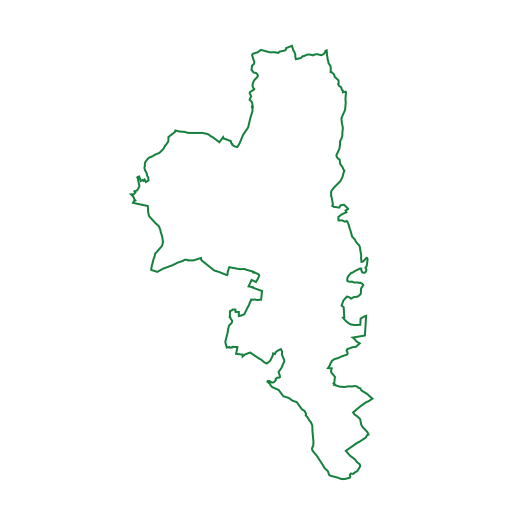 Chiochis, Bistrita-Nasaud, Romania, rotated 6°
{"feature_id": "2599482B79124643183064", "entity_name": "Chiochis", "entity_type": "district", "adm_level": 2, "iso_a3": "ROU", "parent_name": "Romania", "parent_adm1": "Bistrita-Nasaud", "projection": "albers", "projection_center": [24.176, 46.97], "detail": "fine", "context": "isolated", "style": "outline", "palette": "green", "viewbox_px": 512, "rotation_deg": 6, "n_neighbors": 0, "source": "geoboundaries", "source_scale": "gbopen_adm2", "svg_char_len": 6084}
<svg xmlns="http://www.w3.org/2000/svg" viewBox="0 0 512 512"><g transform="rotate(6 256 256)"><path d="M385.1,419.4L379.9,415.0L378.3,412.8L376.6,407.3L373.5,404.9L370.6,403.4L368.9,401.4L375.3,394.8L380.7,390.0L383.2,388.6L386.7,385.7L380.7,381.4L376.1,379.3L374.5,378.3L373.7,376.8L371.6,376.3L370.2,375.3L368.0,374.9L365.8,375.6L361.3,376.0L357.9,377.0L352.8,377.2L347.3,376.0L347.8,375.4L346.5,374.5L347.1,373.8L347.1,367.9L343.0,363.9L342.7,362.8L343.0,359.8L339.3,360.0L341.0,356.8L341.1,355.4L342.0,354.0L342.2,352.6L342.6,352.2L344.9,350.3L348.2,349.0L351.3,347.1L357.0,344.4L357.3,343.1L356.5,341.2L356.0,340.8L356.2,339.8L356.8,338.8L359.5,337.8L360.9,336.8L364.8,335.9L368.3,332.1L365.1,330.6L361.8,327.5L360.8,327.0L372.6,323.7L371.8,304.0L370.0,304.8L366.6,307.4L366.9,313.5L361.3,314.4L357.2,314.1L353.9,312.5L351.7,310.9L349.0,308.2L350.2,307.7L348.5,297.6L346.3,296.4L347.4,291.7L348.2,290.1L350.8,286.8L353.0,287.3L355.1,288.5L357.6,286.6L361.3,285.8L363.2,284.0L364.2,282.6L363.9,277.2L365.7,273.8L364.6,272.5L362.3,271.6L361.5,272.0L360.0,271.7L356.5,272.1L353.9,271.4L352.4,271.9L349.6,271.4L349.2,270.3L349.3,267.7L350.4,265.6L352.5,262.7L353.4,262.7L355.8,260.7L360.7,257.6L361.9,257.5L361.8,258.2L363.1,260.7L363.7,261.4L365.7,261.3L366.7,260.5L367.3,258.3L366.1,256.1L366.9,255.0L367.2,253.5L367.3,247.5L366.6,246.3L366.2,246.2L363.0,250.3L361.5,250.8L360.6,246.6L360.7,245.0L358.2,235.9L357.5,234.6L355.5,233.1L353.5,230.9L352.9,229.6L349.5,226.6L347.7,221.8L345.3,216.6L345.4,216.2L343.3,212.4L342.5,211.7L340.9,212.6L338.2,211.6L334.3,212.0L333.8,208.6L337.2,205.4L341.3,203.1L340.3,201.4L342.5,199.9L342.7,199.6L342.6,199.4L338.2,195.8L334.8,196.7L333.8,199.1L328.3,199.0L326.6,198.2L327.0,197.4L327.0,196.2L325.1,189.9L324.3,188.2L324.3,186.3L324.0,185.0L324.2,183.3L326.6,179.5L332.0,172.8L333.7,168.6L334.5,163.6L335.0,161.7L334.1,161.1L332.6,158.4L330.1,155.6L329.0,151.3L327.3,150.5L326.5,149.7L325.9,148.9L325.4,147.4L327.7,140.8L327.9,136.2L327.6,133.4L328.8,130.0L329.3,127.6L329.0,124.4L329.0,119.5L327.5,114.7L326.6,110.6L326.9,108.7L329.3,101.5L329.2,93.8L328.6,91.1L328.4,83.9L327.9,83.2L325.3,84.1L325.0,82.3L324.0,81.8L323.2,79.6L322.5,78.9L321.1,78.4L319.8,76.8L319.7,76.2L320.2,75.4L319.7,72.7L315.7,69.7L315.1,68.7L315.0,67.8L314.4,67.1L311.8,65.1L311.0,65.3L310.6,60.4L309.7,58.7L308.0,56.7L307.3,54.1L306.5,52.7L306.5,51.5L305.7,49.0L304.8,44.1L303.6,44.7L303.3,46.6L302.0,48.2L300.0,49.5L295.8,48.9L292.9,49.6L291.9,50.5L288.0,50.0L285.8,50.4L283.1,52.0L281.3,52.6L280.1,54.3L275.1,56.1L274.3,53.9L274.0,51.4L272.6,48.7L271.6,47.6L269.8,43.2L264.2,46.1L264.2,47.5L263.2,48.6L258.0,50.3L256.9,51.7L253.2,51.4L248.5,52.0L239.3,50.5L236.3,53.3L231.7,55.2L231.1,56.7L233.3,61.7L234.0,62.8L234.1,63.6L233.9,65.1L232.2,67.1L232.1,71.4L234.2,73.5L234.9,73.9L236.7,73.9L238.2,74.9L239.1,76.5L238.8,77.5L236.0,81.2L235.1,83.3L234.7,85.4L234.9,87.6L236.0,89.5L236.8,90.0L236.8,90.5L233.0,93.5L232.7,94.2L232.7,94.8L234.5,97.6L233.3,101.3L235.2,102.6L236.1,103.9L237.2,107.9L236.3,107.9L236.3,108.2L237.2,110.1L237.3,112.6L236.1,118.4L234.7,129.0L230.5,136.9L227.9,145.6L226.1,149.5L223.8,149.4L220.9,148.1L220.9,147.2L220.0,146.8L219.3,145.8L219.2,144.9L218.6,144.6L218.6,144.2L211.6,142.5L210.9,141.2L207.7,146.7L199.9,142.0L198.5,141.7L196.4,140.2L194.4,139.7L190.0,139.2L175.8,140.7L171.7,140.0L167.1,140.2L162.7,139.6L162.5,141.0L161.9,141.6L156.4,146.9L156.7,148.6L156.8,151.2L155.1,154.4L154.0,155.9L153.0,158.6L151.6,160.6L149.1,163.6L145.0,165.8L142.6,167.7L139.8,169.0L138.1,170.8L136.1,174.1L135.8,176.4L136.1,177.9L135.8,179.3L136.0,180.6L136.7,182.3L138.7,185.2L139.3,187.4L140.7,189.6L141.2,192.1L138.7,194.0L137.3,191.7L136.4,193.0L135.4,192.1L133.6,193.5L131.5,189.1L129.9,189.9L129.7,190.3L130.6,191.4L130.8,192.8L132.6,198.1L132.7,199.2L130.9,203.2L128.4,204.4L129.4,205.4L127.9,207.4L125.3,207.8L127.8,209.8L129.3,212.5L130.2,213.4L128.9,214.1L128.1,216.0L143.1,217.6L143.7,220.2L144.0,223.2L145.5,227.5L151.7,233.1L156.4,236.7L158.2,240.2L158.6,241.8L160.6,246.3L162.0,251.5L161.7,255.0L161.3,256.1L155.5,264.2L155.1,267.6L154.3,270.4L153.5,276.6L153.1,279.8L153.3,280.8L159.5,282.1L165.1,278.2L173.6,274.1L179.1,270.6L183.5,268.7L185.6,267.1L188.5,267.1L188.8,267.5L194.3,266.9L201.5,263.7L201.9,265.3L202.3,266.0L216.0,274.8L220.8,275.7L228.4,277.9L229.3,278.0L229.6,277.3L229.5,274.7L230.6,269.9L241.1,270.8L246.2,270.1L247.6,270.7L254.3,271.7L255.1,272.0L254.9,272.7L256.0,272.8L256.2,272.4L260.7,274.1L261.3,275.1L260.0,279.0L258.6,281.8L254.1,280.3L251.8,287.0L256.3,287.4L256.4,287.9L265.7,290.2L265.6,298.9L262.0,299.6L258.9,299.4L257.9,299.8L255.7,299.8L255.6,301.1L254.9,302.1L254.2,305.5L253.5,306.9L250.4,315.2L247.4,316.8L245.2,317.5L244.8,313.5L241.4,313.7L241.1,311.4L238.4,311.7L237.5,312.8L236.1,313.3L235.9,315.0L236.3,316.8L236.2,319.6L237.0,319.9L237.3,320.9L239.0,322.8L239.1,324.0L238.7,325.2L236.4,328.2L235.8,332.8L235.9,334.5L234.5,344.2L234.6,345.2L236.5,350.1L238.9,349.3L239.2,349.9L241.8,349.5L242.0,348.8L247.0,348.5L246.5,355.4L252.9,355.5L253.2,357.3L255.4,355.0L260.3,352.6L269.6,357.6L272.1,358.6L275.3,360.9L278.0,361.8L281.1,358.6L283.0,353.5L283.2,351.1L285.1,351.5L285.7,349.7L286.9,348.3L290.5,346.0L291.9,348.2L292.1,351.4L294.8,356.4L295.1,357.4L295.0,358.2L292.9,364.9L290.5,369.0L292.2,372.5L292.5,373.9L291.6,374.6L290.0,374.7L288.4,376.1L288.7,377.3L287.0,379.7L285.1,380.2L281.9,378.8L280.7,379.2L280.5,379.9L283.1,381.6L284.0,383.1L285.9,384.7L292.6,386.9L297.8,392.6L303.3,393.7L307.3,396.0L311.8,397.1L317.6,403.6L320.4,405.0L322.3,407.7L322.1,409.3L324.1,411.0L326.3,414.1L327.8,415.4L329.7,418.6L330.5,424.6L332.6,435.0L332.7,438.6L331.8,441.4L332.2,443.1L333.6,444.8L336.9,447.8L344.3,456.9L346.3,459.7L350.0,462.5L351.6,466.1L353.1,466.8L360.1,467.8L363.7,468.8L367.0,468.7L372.4,466.8L372.8,465.5L372.2,464.0L373.0,462.5L375.5,462.5L376.7,461.1L379.2,459.3L381.3,455.1L381.6,453.8L380.8,452.2L377.9,450.4L375.9,448.1L370.3,444.7L365.7,440.4L376.3,431.1L378.2,430.0L384.3,424.9L385.2,422.6L386.6,421.8L385.1,419.4Z" fill="none" stroke="#15803d" stroke-width="2"/></g></svg>